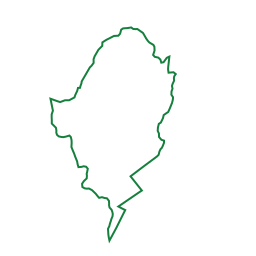 Manaíra, Paraíba, Brazil (Albers equal-area conic projection), rotated 151°
{"feature_id": "56859067B81627893661262", "entity_name": "Manaíra", "entity_type": "district", "adm_level": 2, "iso_a3": "BRA", "parent_name": "Brazil", "parent_adm1": "Paraíba", "projection": "albers", "projection_center": [-38.195, -7.703], "detail": "fine", "context": "isolated", "style": "outline", "palette": "green", "viewbox_px": 256, "rotation_deg": 151, "n_neighbors": 0, "source": "geoboundaries", "source_scale": "gbopen_adm2", "svg_char_len": 1979}
<svg xmlns="http://www.w3.org/2000/svg" viewBox="0 0 256 256"><g transform="rotate(151 128 128)"><path d="M146.2,66.6L149.2,84.5L135.4,86.5L116.3,89.1L114.2,89.7L112.1,92.0L110.0,93.6L107.9,94.3L106.1,95.6L103.7,97.6L102.6,99.5L104.5,101.5L105.2,105.1L103.6,108.2L103.4,111.1L101.6,113.9L99.0,116.7L96.7,116.8L92.7,119.6L90.5,122.0L87.8,122.3L85.1,122.5L81.9,124.9L77.2,128.7L74.9,131.2L73.7,133.1L73.9,136.1L72.2,138.9L70.0,140.8L69.2,143.4L67.8,144.8L64.7,147.1L63.7,149.3L62.5,150.8L60.1,152.0L61.2,154.7L65.7,156.7L64.6,159.7L63.3,161.8L57.2,170.4L60.0,170.6L65.0,168.3L67.2,169.0L66.5,172.2L67.4,174.9L70.1,177.3L70.6,179.7L67.2,182.9L65.5,186.3L65.5,188.4L67.9,192.5L68.4,194.6L68.7,197.3L68.8,203.8L71.8,210.0L73.6,210.9L75.4,212.1L76.5,214.4L79.9,215.6L84.0,217.5L86.3,217.3L89.2,214.3L91.7,213.4L95.6,215.3L104.4,215.6L108.9,215.3L110.7,212.3L115.9,210.8L119.9,208.4L122.4,206.9L124.8,204.8L126.5,201.6L129.8,200.1L132.0,199.5L145.9,191.2L147.1,189.6L149.1,187.9L150.5,186.4L152.3,187.3L154.4,185.1L157.9,182.6L160.0,180.7L166.0,180.8L169.6,182.8L172.4,183.2L174.8,183.6L176.7,185.6L181.6,191.2L185.3,179.5L188.1,177.0L189.5,174.5L190.9,171.7L192.5,168.8L191.8,166.4L190.9,163.1L191.9,160.4L193.0,158.6L193.4,156.4L192.6,154.2L190.8,152.6L189.1,151.4L186.6,150.6L182.9,149.8L182.4,147.8L183.2,144.9L184.6,142.1L186.7,138.8L187.2,134.9L187.5,131.8L188.1,128.4L188.7,123.3L189.6,120.9L190.3,117.8L187.7,116.6L185.3,116.0L183.4,114.4L182.9,111.9L184.5,110.0L186.4,107.9L187.1,106.1L188.6,103.9L192.2,103.0L195.2,101.5L196.5,98.5L195.2,96.3L193.6,95.0L191.5,94.0L189.6,91.1L188.1,86.2L187.6,83.1L187.1,80.9L184.3,80.1L182.5,78.2L180.5,76.7L180.0,73.5L181.0,71.3L182.0,69.6L182.7,67.4L182.0,64.4L182.4,62.1L183.0,60.2L184.4,58.2L186.6,56.5L188.3,54.8L190.3,53.0L191.9,51.2L194.4,49.5L195.7,46.7L196.8,44.4L197.9,41.5L198.8,38.5L186.5,46.4L175.9,53.7L170.2,57.6L171.9,60.0L174.5,64.0L157.6,65.6L149.0,66.4L146.2,66.6Z" fill="none" stroke="#15803d" stroke-width="2"/></g></svg>